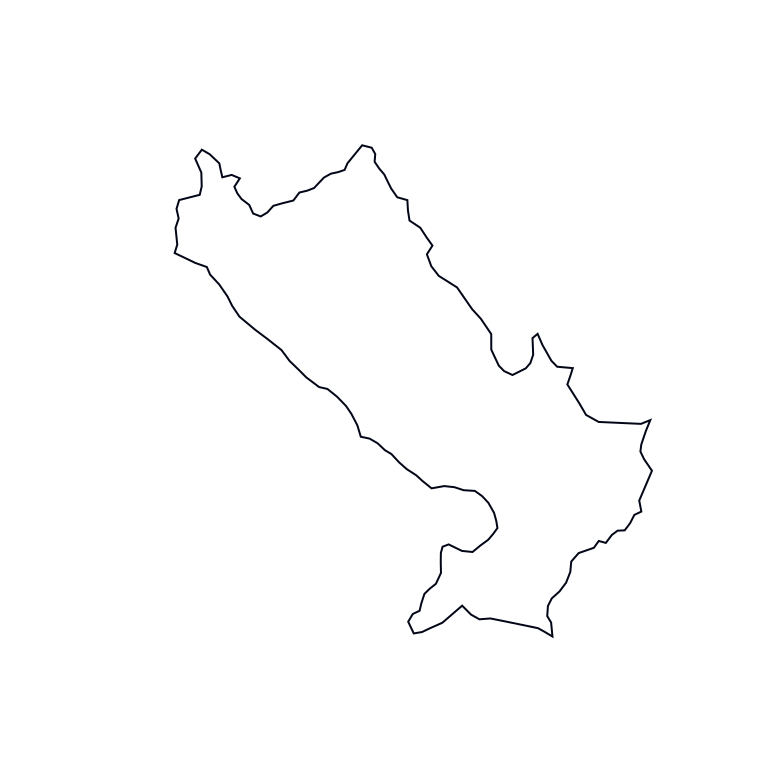 Natuba, Paraíba, Brazil (Robinson projection), rotated 307°
{"feature_id": "56859067B58433670335003", "entity_name": "Natuba", "entity_type": "district", "adm_level": 2, "iso_a3": "BRA", "parent_name": "Brazil", "parent_adm1": "Paraíba", "projection": "robinson", "projection_center": [-35.567, -7.549], "detail": "fine", "context": "isolated", "style": "outline", "palette": "ink", "viewbox_px": 768, "rotation_deg": 307, "n_neighbors": 0, "source": "geoboundaries", "source_scale": "gbopen_adm2", "svg_char_len": 2228}
<svg xmlns="http://www.w3.org/2000/svg" viewBox="0 0 768 768"><g transform="rotate(307 384 384)"><path d="M202.7,557.9L208.9,563.7L216.6,567.7L228.5,574.3L254.0,579.8L252.2,592.3L253.5,601.8L260.8,610.1L266.5,621.9L281.7,654.0L282.7,661.2L283.7,670.5L294.1,661.0L296.9,654.0L305.4,648.5L313.8,647.0L323.9,649.0L334.9,649.0L346.0,645.9L354.9,640.4L366.1,641.2L379.5,650.2L387.9,650.0L390.6,656.8L400.6,656.8L407.4,658.8L412.0,664.3L421.1,664.3L430.1,662.7L437.0,666.3L444.5,658.0L476.0,650.2L480.5,636.9L484.4,629.4L490.5,625.9L504.1,621.4L515.4,618.4L506.8,613.2L482.9,578.3L480.9,564.0L486.0,551.9L494.0,530.7L502.7,527.9L510.3,525.2L502.0,511.9L503.3,503.7L510.5,487.1L516.5,476.5L510.0,475.0L497.2,485.5L488.8,488.3L481.8,487.8L468.5,481.2L466.6,472.2L467.7,464.7L476.0,449.0L488.4,439.6L494.4,422.0L496.8,409.3L505.1,384.2L503.3,362.7L506.5,350.9L513.4,340.2L523.7,339.4L526.6,330.1L530.6,319.0L529.9,306.0L537.0,298.7L544.9,292.0L541.1,282.2L544.5,271.9L548.0,264.9L551.5,258.1L553.1,250.8L555.8,242.8L562.4,238.6L565.3,232.0L561.5,222.9L538.3,222.0L531.3,223.7L525.8,220.0L520.0,215.0L512.7,211.8L505.7,211.0L498.4,210.2L492.3,206.4L486.0,201.2L476.0,201.2L466.7,193.7L459.7,188.4L450.7,187.6L443.6,184.7L441.4,176.9L445.9,168.6L446.0,158.8L448.0,152.1L451.5,145.8L461.5,145.1L459.3,136.5L451.8,130.5L456.4,125.0L461.1,119.7L462.6,106.5L461.5,97.5L450.4,97.5L442.9,110.9L432.1,119.5L424.2,123.0L416.6,116.9L407.6,109.7L399.0,112.9L392.6,120.4L383.3,123.5L370.9,135.0L362.6,138.0L364.3,146.3L367.1,160.4L370.8,172.1L366.7,179.3L364.3,192.6L359.7,206.4L355.0,215.8L350.8,228.0L349.8,248.3L349.8,263.6L349.4,281.7L345.6,294.7L344.0,307.6L342.5,318.0L342.5,334.0L346.0,341.8L345.6,354.1L343.6,366.9L340.5,376.0L334.9,387.7L327.9,397.2L331.7,405.3L332.8,414.5L331.7,424.6L332.5,432.1L330.5,443.4L329.7,453.4L330.5,464.7L329.7,473.0L329.3,484.8L338.7,493.5L344.0,502.4L347.1,511.5L353.3,520.9L353.5,529.9L351.9,538.9L347.3,549.5L342.1,556.2L337.2,561.3L329.7,561.4L322.4,561.0L313.1,558.2L303.1,555.8L297.6,546.7L294.8,532.2L289.3,528.7L283.3,531.1L275.8,536.6L267.4,543.2L255.7,545.7L248.0,543.7L240.7,542.6L231.6,545.7L224.3,548.9L217.7,545.4L208.7,546.4L202.7,557.9Z" fill="none" stroke="#020617" stroke-width="2"/></g></svg>